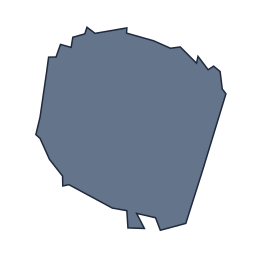 Jackson, Tennessee, United States of America (orthographic projection), rotated 190°
{"feature_id": "52423323B54776950346262", "entity_name": "Jackson", "entity_type": "district", "adm_level": 2, "iso_a3": "USA", "parent_name": "United States of America", "parent_adm1": "Tennessee", "projection": "orthographic", "projection_center": [-85.661, 36.368], "detail": "fine", "context": "isolated", "style": "filled", "palette": "slate", "viewbox_px": 256, "rotation_deg": 190, "n_neighbors": 0, "source": "geoboundaries", "source_scale": "gbopen_adm2", "svg_char_len": 599}
<svg xmlns="http://www.w3.org/2000/svg" viewBox="0 0 256 256"><g transform="rotate(190 128 128)"><path d="M47.1,99.9L37.5,178.7L41.9,182.7L47.1,199.6L54.4,203.8L59.2,199.3L71.5,210.7L71.8,203.7L90.6,216.9L100.0,213.9L117.7,218.3L145.9,221.2L146.5,226.4L176.9,215.5L185.9,220.1L186.9,213.2L198.1,207.8L198.0,197.5L209.0,198.6L211.2,185.4L218.5,184.0L217.9,169.7L216.5,123.4L217.6,105.5L212.8,102.5L199.9,83.5L184.1,69.3L182.2,59.6L176.3,61.9L129.5,46.4L114.8,46.4L110.7,29.6L94.4,31.9L104.7,45.4L85.3,44.4L78.4,32.9L54.5,44.1L47.1,99.9Z" fill="#64748b" stroke="#1e293b" stroke-width="1.5"/></g></svg>